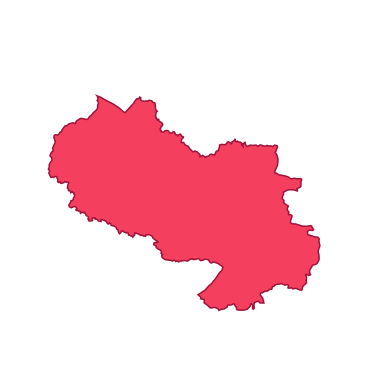 the district of Iakora, Ihorombe, Madagascar, rotated 124°
{"feature_id": "10022922B30377745880071", "entity_name": "Iakora", "entity_type": "district", "adm_level": 2, "iso_a3": "MDG", "parent_name": "Madagascar", "parent_adm1": "Ihorombe", "projection": "orthographic", "projection_center": [46.657, -23.157], "detail": "fine", "context": "isolated", "style": "filled", "palette": "rose", "viewbox_px": 384, "rotation_deg": 124, "n_neighbors": 0, "source": "geoboundaries", "source_scale": "gbopen_adm2", "svg_char_len": 6069}
<svg xmlns="http://www.w3.org/2000/svg" viewBox="0 0 384 384"><g transform="rotate(124 192 192)"><path d="M112.7,145.0L106.8,146.3L106.1,147.3L106.8,149.6L109.2,150.7L109.9,153.0L111.2,154.2L111.3,155.7L112.9,156.8L113.9,158.6L114.5,161.3L115.6,162.3L117.3,162.9L117.3,165.2L119.0,167.1L120.6,170.0L123.3,171.5L123.3,172.8L122.3,175.2L121.4,175.3L121.1,175.8L123.9,176.8L125.7,175.3L125.1,177.2L123.6,178.3L123.7,180.0L124.9,181.9L124.4,182.7L125.7,183.8L125.3,184.9L124.2,185.6L124.3,185.9L125.7,185.7L128.1,186.9L129.5,186.2L130.4,186.6L129.7,188.2L130.1,189.9L130.8,190.6L132.4,190.3L133.6,190.9L134.3,190.8L135.9,194.0L137.6,195.4L139.9,194.2L143.2,193.4L144.3,194.5L145.1,194.6L148.7,194.0L149.9,197.3L150.5,197.9L153.0,198.2L154.1,199.5L155.6,200.2L155.7,203.7L158.2,205.1L156.4,206.6L155.9,210.7L156.5,212.7L157.7,213.0L158.2,213.8L157.4,218.1L156.3,220.6L156.8,224.4L155.6,226.5L155.9,227.3L156.8,227.8L156.9,228.5L156.1,229.3L154.1,230.0L151.7,229.6L151.1,230.2L151.4,231.6L150.5,233.9L151.2,234.7L153.5,235.2L152.9,236.3L153.5,238.2L152.5,239.1L152.1,240.7L152.9,241.4L154.6,241.6L155.5,243.9L154.5,245.5L154.7,246.6L156.1,248.6L158.5,249.2L159.3,251.5L158.1,252.0L158.1,253.5L157.7,253.8L156.4,253.6L155.0,254.2L153.4,253.6L152.3,254.1L151.4,256.0L151.7,257.7L151.5,259.4L150.4,260.1L150.5,260.9L151.7,261.1L151.3,262.4L150.5,262.9L150.4,263.9L149.6,264.2L149.4,265.0L148.3,265.1L145.9,266.4L144.5,265.9L144.1,268.2L140.6,270.8L139.0,272.5L139.0,273.3L139.6,274.5L138.9,276.5L140.0,278.9L141.7,279.6L141.8,280.5L143.4,282.3L144.4,284.2L144.5,285.3L144.1,286.2L142.4,287.3L142.6,288.5L144.2,288.3L145.1,288.9L145.3,289.8L147.9,290.2L150.7,290.0L163.4,291.8L163.9,293.2L163.1,299.4L163.1,306.5L164.5,318.1L164.4,320.1L165.4,324.5L165.7,323.6L166.5,323.1L166.8,322.1L169.2,321.8L170.1,319.5L172.7,318.8L175.5,317.1L177.6,317.1L181.6,318.2L184.5,318.3L186.8,319.1L189.6,319.1L190.6,319.6L192.7,324.6L193.5,325.7L198.2,327.6L200.4,326.8L201.2,329.5L204.4,332.1L207.0,332.9L208.4,334.3L213.3,334.5L214.7,333.9L216.5,334.9L219.1,334.7L219.9,335.3L220.9,337.3L222.2,337.9L223.9,337.0L227.1,333.2L233.2,332.2L235.6,330.0L236.6,330.5L238.7,330.7L241.1,330.1L241.7,329.5L241.9,327.6L243.9,325.8L247.2,326.0L249.2,325.6L251.8,324.0L253.4,323.9L254.1,321.8L256.4,321.3L258.8,317.3L258.6,316.7L257.7,316.2L257.2,314.7L255.9,314.4L255.0,313.4L254.9,312.7L255.9,311.8L256.6,310.2L258.7,309.1L258.4,308.3L258.6,307.6L257.1,306.5L258.1,305.7L258.0,305.2L255.9,303.5L254.6,303.4L254.2,301.7L253.4,301.0L253.1,299.5L256.1,298.7L258.4,297.5L258.6,296.3L259.9,295.1L259.2,293.3L260.4,292.1L258.7,291.5L259.1,290.5L258.5,289.5L259.7,288.9L260.0,287.6L261.5,287.0L263.5,286.9L264.8,286.2L265.8,286.4L267.1,287.5L268.8,286.8L270.7,287.0L271.8,286.7L272.9,285.4L272.6,283.2L269.9,281.6L269.4,279.8L270.4,277.8L271.4,278.4L271.9,277.8L271.0,274.9L270.4,274.3L272.0,272.5L270.3,271.9L269.8,270.1L269.0,270.1L269.0,269.7L270.7,266.4L270.4,264.8L270.9,263.7L271.5,263.2L272.6,263.3L272.6,261.8L273.6,261.6L273.2,260.5L271.6,258.7L270.8,258.7L269.7,260.2L268.5,259.3L267.9,257.9L268.6,257.9L268.7,257.5L267.9,255.5L268.3,253.3L267.3,251.0L265.4,251.9L264.7,249.1L264.3,246.4L265.2,245.2L265.5,243.7L264.9,243.1L263.7,243.2L263.9,241.3L264.9,240.3L263.9,237.8L263.7,235.0L264.8,233.9L264.9,232.1L266.5,230.3L267.2,228.7L265.6,228.2L264.0,228.7L263.1,228.1L263.2,226.1L262.7,223.6L261.8,223.2L261.5,222.6L263.2,220.2L262.5,219.4L262.7,218.3L262.1,217.5L262.6,215.9L261.3,216.0L260.2,215.4L259.2,215.7L258.4,216.6L257.8,216.3L256.9,213.8L256.7,210.6L255.5,209.1L255.6,207.1L255.1,207.0L254.7,205.8L253.1,206.2L252.3,204.7L251.1,203.4L251.0,200.3L252.1,198.4L252.4,192.3L253.1,192.1L254.6,194.5L255.6,195.0L257.1,194.2L256.7,191.8L257.8,191.0L258.4,188.8L257.9,185.8L258.2,184.3L260.2,183.3L260.3,181.3L261.4,181.6L262.7,180.6L263.2,178.8L262.9,175.9L260.1,170.4L260.3,169.7L258.4,168.7L258.7,166.6L257.4,165.4L257.5,164.0L256.4,163.6L253.0,160.0L251.8,157.0L249.0,156.1L248.7,155.4L247.6,155.1L247.3,154.5L247.5,154.0L247.0,153.6L247.0,152.5L243.5,149.4L244.1,146.6L242.5,144.8L241.0,144.1L240.0,142.9L239.1,140.8L239.2,139.8L240.1,138.5L240.3,137.0L240.0,136.2L238.0,135.1L237.6,134.0L236.7,130.2L236.9,124.5L239.6,123.5L240.7,123.5L243.7,124.1L251.6,124.0L254.1,124.5L256.3,124.4L260.5,125.6L266.0,126.3L273.8,129.5L274.2,126.2L274.8,125.3L275.7,125.1L274.2,121.6L277.1,120.0L277.2,116.0L277.9,112.7L277.5,111.3L275.0,108.8L274.2,105.4L275.1,103.5L272.6,101.8L270.8,99.9L268.2,98.6L266.6,98.9L265.6,98.7L263.1,95.8L262.2,95.6L261.3,94.6L261.3,94.0L262.2,92.7L262.7,91.0L264.5,89.2L264.1,87.8L261.2,83.2L258.2,80.6L254.1,79.9L252.0,80.8L251.4,80.2L252.0,78.5L254.9,76.5L254.8,75.6L253.7,75.3L250.2,78.1L248.2,78.1L245.6,76.3L245.4,75.6L246.0,74.2L245.9,73.4L243.8,70.3L240.5,74.0L239.1,78.0L237.3,78.5L235.9,77.0L233.7,76.2L231.6,73.8L229.5,73.4L228.0,71.5L225.5,72.4L224.5,71.4L223.0,71.2L220.8,69.9L219.8,68.3L218.0,66.7L217.3,63.1L215.5,61.2L215.4,60.4L215.8,59.4L217.7,59.0L217.9,58.4L215.7,55.8L216.0,54.3L213.7,52.0L213.0,48.2L212.2,46.4L211.6,46.1L208.9,47.2L205.9,47.0L203.4,46.2L201.3,47.9L199.0,49.0L196.9,51.6L196.4,51.5L196.0,48.6L194.3,47.4L193.9,47.7L194.0,49.2L192.5,49.5L191.9,50.4L191.1,50.8L186.6,50.9L185.4,51.3L182.9,49.0L181.3,48.3L177.7,48.6L176.0,49.4L173.2,51.6L170.7,54.3L164.9,56.0L161.7,59.4L159.7,60.2L159.1,62.6L160.4,64.7L162.5,72.0L162.1,72.8L159.6,74.4L157.7,72.8L156.6,70.6L155.3,70.1L154.9,70.4L154.3,72.3L153.3,74.0L153.8,75.2L156.2,77.6L158.5,81.3L160.5,88.1L162.3,91.1L162.4,93.1L160.7,94.2L156.4,95.4L155.6,96.1L155.6,97.5L156.6,99.2L156.5,99.7L154.4,100.4L154.0,102.2L152.9,103.6L149.7,104.3L149.9,108.0L149.3,110.4L147.6,111.0L147.0,113.4L145.5,114.5L142.6,114.8L141.0,116.1L137.2,114.0L135.4,112.3L133.2,108.5L132.3,105.3L131.6,105.5L130.5,106.8L127.5,105.1L126.2,105.0L122.7,107.3L120.1,108.1L120.2,109.5L122.2,112.2L123.2,114.6L125.7,117.2L125.9,119.0L125.6,119.8L126.2,122.6L128.3,127.9L129.2,129.2L129.2,132.8L129.9,133.4L129.1,134.8L122.2,136.0L117.1,138.7L113.8,142.3L112.7,145.0Z" fill="#f43f5e" stroke="#9f1239" stroke-width="1.5"/></g></svg>